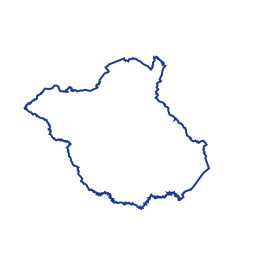 the district of Nong Song Hong, Khon Kaen, Thailand, rotated 315°
{"feature_id": "78962969B38017205810186", "entity_name": "Nong Song Hong", "entity_type": "district", "adm_level": 2, "iso_a3": "THA", "parent_name": "Thailand", "parent_adm1": "Khon Kaen", "projection": "natural_earth1", "projection_center": [102.768, 15.769], "detail": "fine", "context": "isolated", "style": "outline", "palette": "blue", "viewbox_px": 256, "rotation_deg": 315, "n_neighbors": 0, "source": "geoboundaries", "source_scale": "gbopen_adm2", "svg_char_len": 5726}
<svg xmlns="http://www.w3.org/2000/svg" viewBox="0 0 256 256"><g transform="rotate(315 128 128)"><path d="M147.3,213.4L151.0,213.2L156.7,213.8L161.3,204.1L163.5,203.0L163.7,199.9L164.0,199.2L165.0,199.3L166.0,196.4L166.9,196.4L168.6,194.5L171.7,195.4L171.8,194.5L172.4,193.3L172.1,191.2L172.3,190.3L170.2,189.0L167.6,188.5L167.8,186.9L166.7,186.9L166.9,184.7L164.7,183.6L164.2,181.1L164.4,179.7L165.2,179.8L165.3,179.0L164.5,175.2L166.4,171.5L167.4,170.8L168.4,168.4L167.9,168.3L167.9,166.8L168.7,164.5L168.6,161.5L167.7,160.9L167.4,160.0L168.5,158.5L168.4,155.4L166.9,155.2L168.5,154.4L168.2,153.4L168.2,150.8L167.4,149.9L167.5,149.2L166.9,148.1L167.0,147.6L169.1,143.7L170.8,142.3L170.4,141.8L170.4,140.5L169.7,138.9L170.0,137.5L170.8,137.5L170.9,136.3L170.4,134.2L168.8,130.9L169.2,127.3L168.9,126.2L172.2,126.1L172.9,124.7L172.1,123.7L173.3,122.8L173.4,122.0L176.7,122.1L176.8,119.7L179.0,118.8L179.9,117.0L181.8,117.2L183.5,118.2L184.3,118.2L184.6,118.1L184.6,116.1L189.0,114.4L189.8,114.5L190.8,113.1L195.2,110.8L198.2,110.5L197.1,107.8L197.6,107.0L198.3,107.5L198.7,107.1L199.0,107.4L199.3,107.0L198.9,105.2L198.4,105.0L198.8,104.1L198.8,102.8L198.4,102.4L198.6,101.1L198.0,100.4L198.2,99.2L198.8,99.1L198.5,97.7L196.8,97.7L196.7,97.3L196.2,97.4L196.2,96.8L195.7,97.4L195.8,97.8L195.3,97.9L194.4,99.2L191.9,99.4L190.6,100.9L189.9,100.9L188.8,101.8L188.6,102.3L185.7,102.9L185.7,98.4L184.1,93.9L183.7,89.2L182.8,87.6L182.6,84.7L181.2,83.4L181.0,82.4L180.5,82.3L180.5,81.9L179.9,82.0L178.7,81.5L178.1,80.5L177.3,80.2L175.4,81.1L174.7,78.9L173.7,78.7L173.6,77.0L174.4,76.1L159.5,69.6L158.2,69.8L155.0,69.3L154.5,74.4L152.9,74.4L151.6,73.4L149.9,72.9L141.6,74.1L140.9,74.7L140.8,75.8L140.2,76.1L139.2,75.7L138.3,76.5L137.3,75.5L136.3,75.3L135.3,75.7L135.6,77.2L135.1,77.9L127.5,75.0L126.0,73.0L125.2,71.1L121.7,68.9L121.7,68.5L120.9,67.8L118.4,66.5L117.9,66.0L118.0,65.1L116.9,63.1L115.9,62.6L115.7,63.1L114.5,62.3L114.5,61.4L116.2,60.2L116.4,59.5L115.6,58.9L115.9,58.0L115.2,57.5L113.2,57.9L111.0,57.5L110.8,59.6L109.5,58.4L109.3,57.5L108.2,56.8L107.9,55.8L106.5,54.7L106.3,53.0L106.7,52.6L107.1,50.9L107.5,50.9L107.9,50.2L107.7,49.8L108.0,48.7L107.6,47.6L106.2,46.4L106.2,46.1L104.9,45.9L103.5,46.5L100.4,45.3L96.9,41.3L93.4,42.2L92.1,41.9L91.1,42.5L90.7,41.9L90.3,42.1L88.3,41.7L86.9,40.9L86.7,41.2L85.9,41.3L84.7,42.6L83.1,42.8L82.2,41.5L80.7,42.0L79.9,41.1L77.6,41.4L76.6,40.9L76.3,41.6L75.6,41.5L74.8,40.0L73.6,40.5L72.8,40.0L71.6,40.0L71.0,41.1L70.2,40.7L69.8,41.1L69.1,40.8L68.7,42.0L69.7,42.6L69.7,43.0L69.4,44.6L69.6,46.9L70.6,48.5L70.2,51.2L72.0,51.9L72.3,53.1L71.9,54.7L72.6,54.5L72.5,56.6L72.8,57.0L72.9,58.3L74.4,60.9L74.9,61.1L75.1,61.7L74.7,62.9L74.8,63.5L75.3,63.5L76.1,64.7L75.1,66.5L75.0,68.7L74.2,70.0L74.5,70.2L74.3,71.1L72.8,72.8L71.0,72.6L70.8,73.1L71.6,74.3L71.2,74.5L71.3,75.2L70.9,76.0L70.2,75.8L69.0,76.5L68.8,77.1L68.3,77.1L68.8,78.4L67.9,80.8L68.0,81.8L68.7,83.1L68.5,83.5L68.0,83.2L67.9,83.8L68.2,84.0L68.5,86.1L70.6,86.6L70.8,87.6L71.3,88.0L71.0,88.2L71.2,88.7L72.5,88.6L72.5,89.2L73.0,89.8L72.5,90.1L73.6,91.9L73.6,92.5L73.9,92.9L74.1,92.4L74.7,92.9L74.6,94.2L75.6,94.4L75.5,94.9L76.2,95.9L76.2,96.8L75.6,97.5L76.0,98.7L74.0,98.5L72.9,99.0L71.1,98.5L69.9,101.9L68.9,102.0L68.0,104.7L66.5,105.7L66.2,106.7L66.6,107.5L66.1,108.7L64.4,111.3L64.1,113.0L63.3,114.3L63.2,116.0L64.5,118.8L65.0,120.8L64.0,120.8L63.8,121.6L62.5,122.3L62.8,123.3L62.3,124.1L61.0,124.6L60.3,125.6L59.9,131.4L57.1,132.5L57.7,134.0L57.2,136.4L58.2,136.9L58.3,139.8L57.5,140.9L57.6,142.2L56.7,143.9L57.0,145.0L58.1,145.2L58.8,146.1L58.4,146.7L58.6,147.5L59.4,148.5L59.2,149.3L58.8,149.4L59.8,150.6L59.9,151.4L59.5,151.9L59.8,152.3L59.4,152.6L60.2,152.8L59.6,154.6L60.1,154.7L60.4,155.3L60.6,154.7L61.1,154.8L61.0,154.1L61.4,154.0L61.7,155.4L62.3,155.4L62.3,156.3L63.7,156.4L63.9,156.1L64.3,156.7L65.4,156.9L65.6,157.4L65.9,156.9L66.4,156.9L66.7,157.3L66.5,158.9L67.2,159.9L67.4,159.5L67.9,159.6L67.9,160.5L67.5,160.4L67.5,160.8L67.0,161.0L68.1,161.8L68.0,162.2L68.4,162.2L68.1,163.3L66.9,163.4L66.9,164.1L66.1,163.6L65.8,163.8L65.8,165.0L67.3,167.7L66.8,168.0L66.8,168.4L66.1,167.7L65.2,167.6L65.0,168.9L65.7,169.3L65.3,169.5L65.4,170.9L66.5,171.6L66.6,172.2L67.4,172.1L67.9,174.1L69.8,175.1L71.5,177.0L71.1,177.8L71.4,179.6L72.0,179.7L72.1,179.2L72.6,179.0L72.7,180.0L73.1,180.1L73.3,179.3L73.8,179.2L74.1,180.4L73.9,180.7L74.6,181.3L75.8,181.5L75.6,182.2L76.3,183.5L76.2,184.3L76.8,184.3L76.9,184.7L78.0,184.5L78.0,185.7L79.4,189.0L78.9,190.4L79.4,191.1L79.2,191.8L79.6,192.8L80.5,192.5L80.0,193.4L80.3,194.5L81.3,194.0L81.8,194.7L82.1,193.9L82.6,193.8L82.9,194.3L85.7,194.1L85.9,194.8L86.1,193.1L86.8,193.8L86.5,194.2L86.8,194.8L88.0,193.2L88.5,193.8L89.6,193.3L89.9,194.4L91.0,193.6L91.1,193.0L92.6,193.4L93.5,192.9L93.3,192.1L93.9,192.5L94.0,193.1L95.3,192.2L96.3,192.5L96.7,191.7L97.4,191.8L96.9,193.4L97.4,194.4L98.1,194.7L97.9,195.3L98.5,195.7L98.1,196.6L97.5,196.7L97.6,197.1L98.4,197.3L99.0,197.0L99.3,197.8L100.3,197.3L100.3,197.9L101.0,198.1L100.9,199.3L101.4,199.6L102.1,199.4L102.4,199.8L102.2,200.5L103.8,201.5L104.3,201.2L104.3,202.2L105.0,202.2L105.0,203.0L106.5,202.6L106.9,202.9L107.4,202.4L108.6,202.6L109.0,203.2L109.6,202.7L110.1,203.6L110.2,202.1L110.6,202.8L111.1,202.8L110.9,204.3L111.6,204.4L112.0,203.8L112.0,205.0L112.6,204.2L113.2,204.9L113.0,205.4L114.4,205.4L114.3,206.2L114.8,206.3L114.3,206.9L115.1,207.8L115.2,208.4L114.7,208.4L114.1,209.2L113.7,208.6L113.2,209.3L113.8,210.4L114.2,209.8L114.9,209.9L115.5,211.9L115.2,212.3L115.1,213.5L113.9,213.2L113.7,214.1L112.9,214.6L113.4,215.5L118.5,216.0L119.3,214.3L119.1,213.4L121.8,213.5L121.9,213.1L124.0,213.5L127.0,215.0L128.6,215.4L128.6,216.0L129.6,216.0L136.5,215.3L147.3,213.4Z" fill="none" stroke="#1e3a8a" stroke-width="2"/></g></svg>